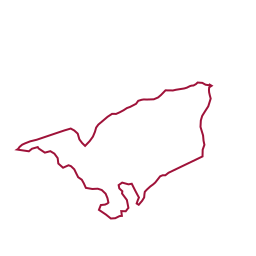 outline of Ineia, Paphos, Cyprus, rotated 306°
{"feature_id": "46923920B71258573989723", "entity_name": "Ineia", "entity_type": "district", "adm_level": 2, "iso_a3": "CYP", "parent_name": "Cyprus", "parent_adm1": "Paphos", "projection": "albers", "projection_center": [32.342, 34.971], "detail": "fine", "context": "isolated", "style": "outline", "palette": "rose", "viewbox_px": 256, "rotation_deg": 306, "n_neighbors": 0, "source": "geoboundaries", "source_scale": "gbopen_adm2", "svg_char_len": 1649}
<svg xmlns="http://www.w3.org/2000/svg" viewBox="0 0 256 256"><g transform="rotate(306 128 128)"><path d="M45.4,51.0L50.9,61.5L54.8,62.5L59.5,66.2L58.9,67.7L59.2,75.2L63.6,78.8L64.0,83.5L62.3,88.8L58.3,92.5L57.7,98.8L62.9,101.8L63.6,104.3L63.0,108.8L60.7,113.1L58.9,116.6L59.0,121.0L57.3,124.7L54.8,129.1L57.7,135.0L61.1,139.2L62.4,143.2L61.7,148.5L59.2,152.6L56.1,156.0L54.8,155.7L52.6,154.5L49.7,151.3L44.7,152.6L45.0,161.0L44.7,167.3L47.5,170.7L51.7,172.9L53.3,174.7L56.8,171.4L59.3,175.1L62.7,175.2L63.6,175.3L69.1,169.4L71.5,161.7L73.5,160.6L74.0,156.5L76.3,154.0L80.4,155.4L82.7,161.5L85.1,163.8L81.6,170.6L79.4,175.1L78.2,177.7L75.2,178.4L72.0,179.4L72.2,181.8L77.4,182.2L81.3,181.9L84.3,180.1L86.3,179.1L89.4,179.5L93.8,180.4L97.2,181.5L99.9,182.1L104.9,182.3L107.8,182.4L110.1,183.8L111.7,186.0L115.6,187.1L148.8,205.0L154.3,201.2L159.3,199.7L162.1,196.6L166.1,193.1L168.6,189.8L171.5,186.0L176.9,182.5L181.4,180.9L187.1,180.5L192.7,180.2L195.1,179.4L200.4,177.6L202.5,175.0L204.5,172.7L206.4,171.1L208.6,169.8L211.3,170.8L211.1,168.5L210.3,168.5L208.6,165.3L208.2,161.6L205.7,157.6L203.5,157.2L200.9,156.0L199.6,154.5L198.3,153.5L195.2,151.9L193.1,150.3L187.1,144.3L184.8,142.3L180.5,136.2L174.1,135.3L170.4,134.4L166.4,132.0L162.0,126.4L160.4,124.0L158.9,122.5L156.0,120.3L152.3,120.3L146.3,117.3L143.5,115.4L139.8,114.0L135.9,112.1L132.4,110.1L130.1,106.8L125.1,104.9L113.3,102.0L109.6,102.0L105.5,103.5L100.4,104.7L94.8,104.7L88.3,103.8L88.9,99.7L90.2,95.4L93.9,90.6L94.4,86.0L93.9,82.0L88.7,78.0L80.0,71.8L64.9,61.1L59.7,56.7L55.0,53.7L52.3,52.2L49.0,51.4L46.4,51.4L45.4,51.0Z" fill="none" stroke="#9f1239" stroke-width="2"/></g></svg>